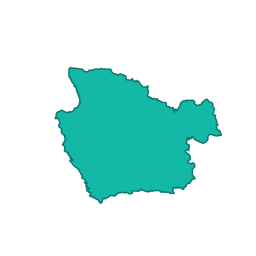 Den Chai, Phrae, Thailand, rotated 223°
{"feature_id": "78962969B35884662782680", "entity_name": "Den Chai", "entity_type": "district", "adm_level": 2, "iso_a3": "THA", "parent_name": "Thailand", "parent_adm1": "Phrae", "projection": "albers", "projection_center": [100.03, 17.912], "detail": "fine", "context": "isolated", "style": "filled", "palette": "teal", "viewbox_px": 256, "rotation_deg": 223, "n_neighbors": 0, "source": "geoboundaries", "source_scale": "gbopen_adm2", "svg_char_len": 5778}
<svg xmlns="http://www.w3.org/2000/svg" viewBox="0 0 256 256"><g transform="rotate(223 128 128)"><path d="M211.5,132.8L211.1,131.8L211.1,130.3L210.0,129.6L208.9,128.4L208.8,127.8L207.6,126.9L206.7,125.6L205.3,125.8L204.5,125.6L204.1,125.2L204.2,124.9L203.6,125.0L203.1,124.6L202.6,124.8L202.1,124.4L201.6,124.3L201.2,123.6L196.8,123.1L195.7,122.0L195.2,122.8L194.8,122.8L194.4,122.0L193.7,122.2L191.9,121.2L191.6,120.6L190.9,120.7L190.6,120.1L190.0,120.1L189.7,119.7L189.1,119.7L188.5,118.8L187.6,118.8L186.6,118.1L186.3,118.4L185.0,117.2L184.3,117.3L183.9,116.7L182.4,115.8L181.7,114.7L181.1,114.6L180.9,113.6L180.3,113.8L180.0,113.2L179.5,112.9L180.0,112.3L179.2,111.0L179.6,109.7L179.1,108.9L179.5,107.4L180.1,107.1L180.6,106.0L180.5,105.0L179.7,103.9L180.1,101.2L181.7,100.4L182.1,99.8L181.9,98.8L184.3,97.0L188.5,95.9L190.4,91.2L190.3,89.8L188.5,87.5L187.9,85.5L187.5,85.4L187.2,85.6L185.5,87.4L184.1,87.2L183.7,86.6L182.2,86.1L181.3,85.3L180.9,83.4L179.2,81.8L177.3,82.2L176.7,81.8L175.7,81.8L174.8,81.2L174.9,80.7L174.6,80.5L174.5,79.8L172.9,79.5L172.6,78.9L171.5,79.0L171.4,79.2L171.1,78.9L170.3,79.0L169.9,79.4L169.6,79.3L169.3,79.5L168.6,79.3L168.3,78.9L168.4,78.5L167.6,77.9L167.7,77.7L166.4,77.4L165.8,77.0L165.8,75.9L165.3,75.2L165.2,73.7L164.9,73.4L165.1,72.9L164.5,72.5L164.3,72.1L164.5,72.0L164.5,71.7L164.3,71.9L164.2,71.6L163.5,71.3L162.7,71.3L161.6,71.1L160.2,70.1L159.1,68.1L158.4,68.0L156.2,68.6L155.9,68.4L154.7,69.1L154.1,68.2L153.8,68.3L153.0,67.7L150.5,67.4L150.0,67.7L149.7,67.4L149.6,66.6L149.3,66.5L148.7,67.3L148.2,67.2L148.1,67.5L148.1,67.1L147.4,66.9L146.3,67.2L146.1,67.0L147.7,66.1L148.1,65.3L148.1,64.3L146.0,64.2L141.2,63.5L138.9,63.7L137.5,64.2L136.6,64.1L131.3,62.5L130.9,62.2L129.5,62.1L127.5,59.9L124.7,61.1L123.8,60.3L123.1,60.3L123.0,59.7L122.7,59.5L122.3,59.4L121.6,60.0L120.5,59.7L121.5,58.6L120.8,58.8L119.9,58.0L119.2,58.0L119.0,57.7L119.4,57.2L118.0,56.7L117.8,56.3L117.6,56.8L116.3,57.0L115.6,56.4L115.4,57.0L115.1,57.2L115.0,56.2L116.1,55.8L116.3,55.4L115.9,54.5L115.2,54.0L114.2,54.7L113.1,54.2L113.0,54.7L111.1,55.3L111.1,54.8L110.4,54.3L109.7,53.0L110.1,52.8L109.9,52.4L108.9,52.3L108.2,52.5L107.6,53.5L106.6,53.7L105.9,53.2L104.9,54.4L103.8,54.1L103.0,54.2L101.3,55.3L100.4,54.7L99.4,54.6L98.6,54.8L97.9,54.3L96.6,54.5L96.4,55.2L96.8,56.9L97.7,57.7L97.6,58.4L98.1,59.3L97.7,60.4L97.0,60.4L96.2,60.8L96.0,62.4L95.2,64.1L94.9,66.8L94.1,67.2L92.9,68.5L91.7,68.8L91.4,69.0L90.7,74.3L89.4,75.5L89.3,76.2L88.9,76.3L88.1,77.3L86.4,78.2L84.7,80.1L84.1,80.5L82.6,80.6L81.1,81.8L80.4,83.3L81.5,84.5L81.3,85.3L81.0,85.8L77.1,89.1L76.4,91.2L76.8,91.9L76.7,92.3L75.4,92.4L71.4,93.9L69.1,95.7L69.0,96.3L69.6,96.8L69.5,97.2L67.6,97.9L66.7,99.1L66.5,99.7L65.5,100.5L64.4,101.9L63.9,102.2L63.5,102.9L62.7,103.3L62.3,103.8L60.2,103.5L59.5,104.6L58.0,105.4L57.4,106.4L56.4,106.8L55.7,107.7L53.8,108.8L52.3,109.0L50.7,111.2L49.8,111.5L50.0,111.9L52.2,112.1L53.3,114.1L53.7,114.2L53.7,114.7L54.3,115.0L54.1,115.5L53.2,115.7L53.0,116.3L52.3,116.6L52.3,117.5L51.3,117.5L51.2,118.4L50.3,118.6L50.4,119.2L49.4,119.5L49.0,120.3L48.0,120.2L46.7,120.5L46.4,120.8L45.9,120.7L45.6,121.4L46.2,121.4L46.5,121.8L45.8,125.0L46.5,125.5L46.6,125.9L46.5,128.0L45.6,129.3L45.2,130.4L45.8,132.0L46.0,134.9L45.9,135.3L44.9,135.7L44.5,136.2L44.8,136.9L45.8,137.3L48.4,137.3L50.6,139.3L52.0,140.9L52.7,142.1L52.9,145.4L54.3,146.7L55.2,147.0L56.3,146.9L57.1,146.3L57.4,145.1L58.0,144.6L58.8,144.2L60.7,144.0L61.7,144.5L61.0,147.1L61.5,148.1L63.0,149.4L65.1,150.2L68.9,149.7L70.2,150.1L70.6,150.7L70.3,152.0L69.5,152.6L68.3,152.9L69.2,153.6L69.4,154.9L69.9,155.3L71.1,155.8L71.0,156.8L71.3,157.1L72.5,157.2L74.0,156.4L75.0,156.7L77.6,161.1L77.6,161.7L77.2,161.9L76.0,160.8L75.4,160.9L75.7,163.4L74.8,163.3L74.6,163.6L74.8,164.9L75.2,165.3L75.1,165.5L72.3,165.4L71.0,165.1L70.6,165.7L69.8,165.5L64.3,167.3L62.6,168.1L62.3,168.7L62.1,170.0L61.6,170.5L61.6,172.8L61.8,174.0L62.5,174.8L63.3,175.3L64.3,177.8L63.7,178.7L63.5,179.5L62.4,180.3L59.3,181.6L57.5,182.9L56.7,183.7L56.5,184.8L55.1,186.0L55.1,186.6L58.8,188.5L59.7,188.5L61.3,187.6L61.8,187.6L64.0,189.1L64.3,190.1L64.6,191.8L66.7,192.0L67.2,193.2L68.2,193.3L69.4,194.3L71.4,195.2L72.5,196.7L73.1,196.7L74.7,196.1L75.4,196.3L76.2,198.2L77.2,199.3L77.5,200.8L79.0,201.4L80.8,201.5L82.4,203.5L84.1,203.7L84.7,203.5L86.4,202.5L89.1,203.0L90.0,202.7L90.9,200.3L90.8,199.1L91.2,197.1L90.6,195.5L92.3,192.2L92.9,191.6L95.3,191.1L96.1,191.4L97.2,192.6L99.3,192.6L100.5,191.6L101.7,190.0L103.1,189.3L106.1,185.2L106.5,183.6L106.5,182.1L105.1,179.6L104.9,178.0L103.9,174.5L104.2,174.1L105.6,174.4L106.1,174.2L106.0,173.4L105.4,172.0L105.3,171.2L108.6,173.6L109.2,173.5L110.3,171.9L112.7,171.6L114.2,170.2L115.0,170.4L116.9,172.2L117.6,172.3L118.5,171.8L119.8,170.5L121.0,169.9L121.8,170.0L122.4,169.5L123.6,169.4L124.5,168.7L125.5,168.6L125.9,169.4L126.3,169.4L126.6,169.1L127.1,167.7L128.6,167.8L129.0,167.5L129.4,166.2L130.1,166.1L130.6,165.6L131.5,165.9L132.3,165.5L133.2,165.5L133.6,165.2L134.5,164.0L135.8,165.1L138.3,169.0L139.6,169.4L140.7,170.1L141.0,171.2L142.1,172.2L143.1,169.9L144.0,168.8L145.0,168.1L146.0,168.0L146.7,168.5L148.4,168.3L152.0,169.4L152.7,169.1L152.9,168.2L154.0,168.6L154.3,168.4L154.3,167.1L154.7,166.7L156.8,166.4L158.5,166.9L158.7,166.4L158.3,165.7L158.8,164.7L162.0,162.3L162.5,162.3L164.7,164.3L165.3,164.5L166.3,163.8L167.3,163.8L168.4,163.1L169.3,163.0L170.0,162.6L171.0,161.5L171.5,160.1L173.4,159.2L175.1,158.0L178.0,157.9L179.7,158.5L180.5,159.2L181.1,158.4L182.1,158.2L182.9,157.0L185.1,155.5L186.3,154.0L188.1,153.4L189.4,150.8L190.5,150.2L191.9,148.8L192.9,147.5L193.9,145.6L195.6,144.1L195.7,143.6L195.6,142.1L196.1,141.2L197.4,140.4L199.8,139.3L201.0,139.9L201.6,139.9L202.5,138.9L206.6,136.2L210.1,133.5L211.5,132.8Z" fill="#14b8a6" stroke="#0f766e" stroke-width="1.5"/></g></svg>